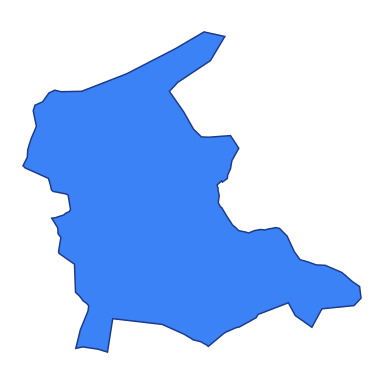 Nguru, Yobe, Nigeria (Albers equal-area conic projection)
{"feature_id": "59680162B38485988708032", "entity_name": "Nguru", "entity_type": "district", "adm_level": 2, "iso_a3": "NGA", "parent_name": "Nigeria", "parent_adm1": "Yobe", "projection": "albers", "projection_center": [10.371, 12.983], "detail": "fine", "context": "isolated", "style": "filled", "palette": "blue", "viewbox_px": 384, "rotation_deg": 0, "n_neighbors": 0, "source": "geoboundaries", "source_scale": "gbopen_adm2", "svg_char_len": 1771}
<svg xmlns="http://www.w3.org/2000/svg" viewBox="0 0 384 384"><path d="M25.1,167.8L25.8,168.2L26.3,168.5L27.4,168.9L29.0,169.7L30.3,170.2L32.0,171.0L44.9,176.8L48.4,178.4L50.4,184.9L51.4,189.8L53.0,191.4L65.6,193.9L67.7,194.7L68.1,195.3L68.6,198.0L70.5,209.4L69.4,211.5L65.7,213.2L63.8,214.9L60.9,215.9L55.0,217.8L51.7,218.2L57.6,227.6L58.0,230.7L57.9,233.1L59.0,235.1L60.9,237.3L58.7,250.7L58.5,251.8L58.6,252.0L58.8,252.1L58.8,252.3L58.9,252.5L58.9,252.8L58.9,253.0L59.3,253.6L74.5,264.2L75.5,292.3L79.6,296.1L83.0,300.7L86.8,303.5L88.7,305.8L88.0,311.1L80.4,329.6L75.8,348.4L82.8,346.9L98.0,349.2L107.5,352.1L112.7,318.7L162.2,324.4L177.8,331.4L184.2,334.3L188.3,336.8L190.2,337.8L193.2,339.9L197.7,340.9L201.3,341.9L204.2,343.8L205.8,344.3L207.6,345.8L208.3,346.4L223.7,333.5L226.0,332.1L236.0,327.7L239.3,327.0L256.0,317.8L258.2,314.4L288.4,302.8L295.3,315.6L311.9,327.3L321.9,308.8L354.0,305.6L361.0,298.2L359.6,286.5L352.3,281.5L341.9,272.5L325.2,265.3L316.3,264.9L307.6,261.8L300.1,259.7L294.3,251.7L287.1,236.1L279.5,228.4L275.7,227.6L271.8,228.4L268.3,229.0L265.0,230.0L260.5,229.5L257.7,230.0L254.5,230.6L251.5,231.8L248.6,233.0L245.5,232.0L241.8,231.3L238.7,230.6L235.7,227.6L232.6,225.1L227.0,216.5L221.8,207.8L220.2,206.4L218.3,202.7L219.2,195.6L218.1,190.6L218.0,187.9L217.0,185.0L221.6,180.9L222.4,182.1L227.3,178.5L227.7,175.0L230.5,168.7L231.9,160.6L238.8,148.3L230.5,135.6L208.7,137.2L201.4,136.9L193.6,129.3L183.5,111.6L169.4,91.4L177.7,82.4L210.5,60.5L224.8,36.5L204.0,31.9L175.7,48.5L126.6,73.8L81.6,91.3L61.0,91.7L54.8,90.2L49.0,92.9L42.6,101.8L35.0,105.2L33.2,110.8L36.4,126.4L31.3,138.3L29.4,144.1L27.7,149.9L27.3,157.2L23.0,165.8L23.8,166.5L24.1,166.8L24.5,167.2L24.9,167.7L25.1,167.8Z" fill="#3b82f6" stroke="#1e3a8a" stroke-width="1.5"/></svg>